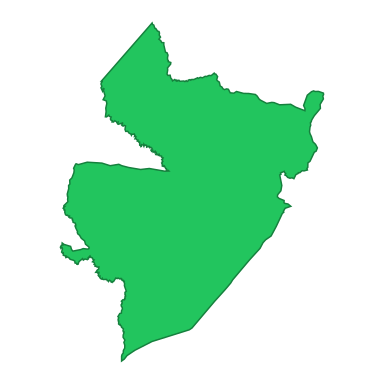 outline of Kasenengwa, Eastern, Zambia
{"feature_id": "96606910B99834275279733", "entity_name": "Kasenengwa", "entity_type": "district", "adm_level": 2, "iso_a3": "ZMB", "parent_name": "Zambia", "parent_adm1": "Eastern", "projection": "robinson", "projection_center": [32.185, -13.669], "detail": "fine", "context": "isolated", "style": "filled", "palette": "green", "viewbox_px": 384, "rotation_deg": 0, "n_neighbors": 0, "source": "geoboundaries", "source_scale": "gbopen_adm2", "svg_char_len": 5894}
<svg xmlns="http://www.w3.org/2000/svg" viewBox="0 0 384 384"><path d="M215.8,74.1L215.0,74.1L214.2,73.1L211.2,75.6L209.1,75.4L206.6,76.5L205.2,76.3L202.5,77.8L200.4,77.3L198.2,78.4L197.6,77.8L193.9,79.5L191.6,79.5L190.7,80.2L190.0,79.6L188.3,80.1L188.2,80.8L187.1,81.5L186.2,80.7L184.9,81.6L183.9,81.0L179.9,81.3L178.9,80.2L177.7,81.0L176.9,80.1L176.3,81.0L174.8,79.5L172.5,80.9L171.9,79.3L170.8,78.1L170.1,75.2L167.8,75.4L167.0,74.0L167.7,70.0L167.5,67.9L170.6,64.2L170.8,62.5L168.2,61.6L168.3,60.5L167.6,59.7L167.5,57.8L168.0,55.1L167.0,52.7L165.5,52.3L163.8,44.9L163.8,42.7L161.6,42.5L160.8,40.7L158.9,39.2L160.5,37.1L159.2,35.0L159.5,33.1L159.0,31.5L157.5,31.1L155.8,28.5L154.8,28.2L153.8,25.1L152.5,24.4L152.1,23.0L101.6,80.9L102.2,80.8L102.3,81.4L101.2,83.0L101.0,84.2L101.9,86.2L101.0,87.8L102.5,91.1L103.3,88.5L104.0,88.9L103.4,90.1L105.1,95.9L103.1,99.7L106.3,100.9L106.8,103.5L105.8,108.1L106.1,111.7L105.4,116.8L106.6,116.9L108.8,115.1L109.4,116.4L111.2,117.0L110.4,119.0L111.0,120.2L112.3,120.7L112.0,121.9L113.6,122.0L114.7,120.7L116.4,121.7L117.0,122.8L118.0,122.2L117.7,123.9L118.2,124.3L122.5,123.0L122.6,123.8L121.7,125.0L122.1,125.5L123.1,126.1L124.2,125.4L125.5,125.9L125.0,129.4L125.7,131.4L127.8,131.3L128.8,132.9L131.0,134.2L131.4,135.2L131.9,134.1L133.0,134.4L134.2,133.9L134.8,135.2L134.5,136.4L135.4,136.1L136.0,136.7L135.0,138.8L136.0,138.7L137.0,139.9L137.8,140.0L137.4,141.1L138.2,141.1L138.8,142.1L139.6,142.1L139.7,145.2L140.8,145.8L140.9,146.6L141.4,146.4L141.6,144.6L143.4,145.1L143.7,145.8L143.9,144.2L144.8,145.6L145.7,145.0L146.7,145.4L146.7,147.1L149.0,146.2L149.6,146.7L149.3,147.3L149.9,147.9L151.0,147.4L152.1,148.4L151.7,149.8L150.9,150.1L151.6,151.3L152.7,150.4L153.1,152.2L154.5,151.5L154.8,152.3L155.3,151.5L155.6,152.2L156.3,152.3L155.7,154.5L156.8,154.7L157.0,154.1L157.5,154.6L158.3,154.4L158.4,155.0L159.2,154.4L159.4,155.7L161.5,156.1L161.5,157.1L163.1,157.9L161.9,159.4L162.5,159.6L162.2,160.4L162.8,161.4L162.2,161.8L162.3,162.8L161.7,163.0L162.5,165.2L162.2,165.9L162.8,166.2L163.1,165.5L163.9,166.4L164.4,166.0L165.7,168.5L166.4,168.7L166.4,170.0L167.0,170.4L167.9,170.2L168.8,171.0L164.7,171.2L149.3,168.5L140.6,169.5L128.7,167.5L121.8,165.7L118.8,164.3L110.2,165.7L101.9,163.1L87.2,162.2L78.4,164.6L76.1,163.8L75.6,164.2L73.6,168.3L74.2,169.8L73.9,172.7L71.9,177.9L69.7,180.1L69.9,184.0L68.6,185.5L68.7,188.7L67.2,194.2L67.6,195.1L67.3,195.9L67.9,196.8L67.6,199.5L67.9,201.7L63.9,205.6L63.8,206.8L64.6,206.7L63.2,208.1L63.8,208.4L63.9,209.3L64.6,209.7L64.3,210.3L64.9,210.6L64.8,212.4L65.5,214.6L66.3,215.3L67.6,215.2L68.2,216.1L69.4,216.0L69.1,217.1L69.6,217.0L70.0,218.0L71.8,218.0L72.6,219.2L72.2,219.8L72.8,220.5L73.1,222.3L75.3,223.2L75.8,225.0L75.2,225.4L75.2,226.2L75.6,226.1L75.6,227.6L77.5,231.5L77.3,232.6L77.9,234.0L79.5,235.2L81.3,238.3L84.6,240.9L85.5,244.2L88.7,246.8L89.2,247.9L88.8,248.7L87.6,249.1L83.2,248.6L80.7,249.6L72.9,251.1L71.6,249.6L70.6,246.4L64.0,244.4L62.2,243.0L62.1,244.0L63.2,244.9L61.3,245.4L60.4,247.2L60.9,248.3L61.6,247.2L62.1,247.4L62.5,248.8L61.6,252.1L62.5,253.1L63.3,252.8L63.3,255.3L66.0,256.0L65.6,256.8L65.9,257.6L67.3,256.9L69.3,258.1L70.1,259.3L73.5,260.3L74.8,261.1L75.0,263.0L76.7,263.4L76.8,264.2L77.4,264.4L78.1,264.2L79.0,261.6L82.6,258.6L83.3,260.1L85.0,259.0L87.4,259.6L87.7,259.0L88.3,259.0L88.7,258.0L88.4,257.6L89.4,257.3L89.2,256.7L90.0,255.9L91.0,257.5L92.3,257.8L93.0,259.4L94.1,259.9L92.5,261.8L94.1,262.3L94.6,263.9L94.1,264.4L95.3,265.3L95.1,266.3L96.7,266.4L97.1,267.1L98.9,267.0L98.5,269.3L97.4,269.9L95.8,272.3L97.7,272.2L97.5,272.9L98.1,273.3L98.8,272.9L98.2,275.4L99.0,276.4L99.9,276.1L99.8,277.6L100.8,278.7L101.7,279.1L102.2,278.6L102.2,279.1L103.4,279.5L106.6,279.4L107.4,280.8L108.8,280.7L108.8,281.1L109.6,280.2L110.9,281.1L111.0,281.9L112.2,282.4L112.5,281.7L113.5,281.6L115.8,278.0L117.1,278.6L118.1,278.0L119.6,278.9L120.5,278.5L121.8,279.9L121.9,279.5L122.2,280.2L123.1,280.3L123.3,280.9L123.7,280.7L124.3,281.7L124.0,282.0L124.6,283.7L124.4,285.7L126.3,291.3L125.0,292.3L125.0,294.7L125.3,294.7L125.6,296.2L124.9,296.9L125.2,298.1L124.6,298.4L124.8,299.2L124.4,299.8L122.8,299.8L121.4,301.2L122.3,302.1L121.8,303.3L122.1,303.8L121.1,304.9L121.5,306.6L122.2,307.3L122.4,309.1L121.5,310.7L121.4,313.1L119.8,313.5L117.9,316.6L118.7,317.6L118.1,319.4L118.6,320.8L118.3,321.0L118.7,321.4L118.6,324.0L119.4,324.7L120.2,324.5L120.2,325.2L121.5,326.3L121.5,327.2L123.4,328.8L123.0,330.8L123.4,331.9L123.9,331.8L124.0,332.7L123.2,335.0L123.1,337.3L124.9,340.1L123.9,342.4L124.8,345.3L124.7,348.2L123.4,350.4L123.2,353.2L122.1,354.4L121.6,356.2L121.6,361.0L124.3,359.1L127.0,355.6L134.8,350.3L152.0,341.5L189.3,329.8L192.0,328.0L214.7,301.2L224.9,289.9L230.6,283.2L232.7,279.8L249.6,259.8L260.0,248.4L263.0,242.7L265.6,239.8L271.1,236.0L276.2,226.5L282.3,213.5L283.8,212.2L283.4,211.3L285.1,208.3L290.8,206.3L288.0,204.0L284.6,203.3L284.0,202.7L284.1,200.5L279.0,198.4L277.4,196.9L277.6,194.8L280.9,190.8L281.8,185.5L279.7,174.9L280.9,174.4L280.5,173.0L284.2,171.3L284.6,172.6L285.7,173.5L284.9,175.0L286.4,175.8L287.7,177.4L289.9,178.2L292.1,177.8L293.9,178.7L295.9,174.6L298.1,173.5L298.3,172.7L299.8,172.7L302.1,170.7L304.0,170.9L307.4,170.0L306.9,168.6L307.8,167.3L307.9,162.9L310.0,161.3L314.3,152.2L316.1,151.2L317.4,147.9L315.5,144.3L312.9,141.8L311.4,136.6L310.1,133.9L309.5,131.8L310.0,127.1L310.7,125.4L310.4,122.7L311.2,121.9L311.7,120.0L314.3,115.7L320.4,108.4L320.1,104.4L323.4,98.9L322.8,96.0L323.6,94.6L323.4,93.1L318.5,91.4L315.1,91.5L313.6,90.9L311.5,91.7L307.3,95.2L303.6,105.5L305.0,108.6L304.9,110.7L295.7,107.2L290.7,104.3L279.6,104.8L274.0,102.6L271.7,102.4L266.7,103.4L260.4,100.1L258.9,98.8L257.2,96.1L255.4,94.5L248.7,93.5L243.6,93.4L236.5,91.5L233.8,93.2L230.2,92.8L228.4,89.3L226.7,88.9L224.4,89.6L223.0,88.8L221.9,87.0L220.2,86.0L219.3,82.1L217.3,80.7L216.7,79.6L217.6,76.6L215.8,74.1Z" fill="#22c55e" stroke="#15803d" stroke-width="1.5"/></svg>